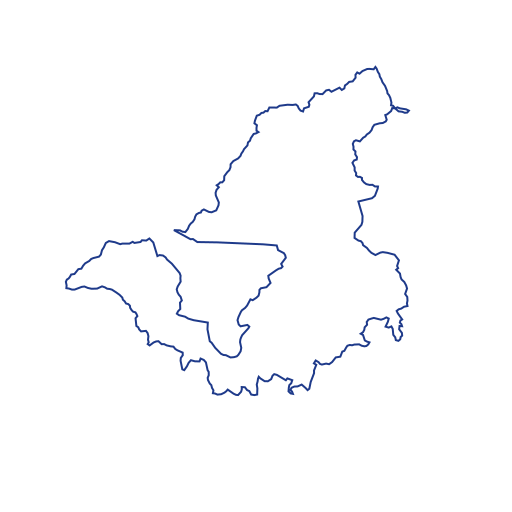 Resende, Rio de Janeiro, Brazil, rotated 342°
{"feature_id": "56859067B32090698644023", "entity_name": "Resende", "entity_type": "district", "adm_level": 2, "iso_a3": "BRA", "parent_name": "Brazil", "parent_adm1": "Rio de Janeiro", "projection": "mercator", "projection_center": [-44.503, -22.442], "detail": "fine", "context": "isolated", "style": "outline", "palette": "blue", "viewbox_px": 512, "rotation_deg": 342, "n_neighbors": 0, "source": "geoboundaries", "source_scale": "gbopen_adm2", "svg_char_len": 6144}
<svg xmlns="http://www.w3.org/2000/svg" viewBox="0 0 512 512"><g transform="rotate(342 256 256)"><path d="M240.5,176.6L241.9,179.1L238.9,180.9L237.1,183.4L236.5,186.0L237.2,193.6L236.0,196.2L232.3,200.3L227.3,200.7L224.8,199.5L220.8,195.6L218.3,196.1L217.0,197.6L215.0,197.4L212.2,198.0L210.3,199.8L208.8,202.1L206.4,204.0L203.9,205.0L201.8,206.5L199.5,209.2L196.2,211.4L193.5,210.1L191.6,208.1L185.9,206.0L198.9,219.8L201.3,220.4L204.5,224.6L223.5,231.1L266.4,247.1L279.0,252.4L278.8,257.2L283.4,261.9L284.0,264.2L283.8,266.9L277.5,271.3L278.0,274.3L276.1,275.3L273.7,275.1L270.7,275.8L261.6,278.6L261.1,281.3L261.5,286.1L256.3,288.9L250.7,288.2L248.8,289.3L248.0,291.6L246.2,294.5L243.5,295.8L239.2,297.0L237.3,295.5L232.2,300.4L229.6,302.0L225.8,303.3L224.2,304.6L220.5,308.6L218.6,311.3L218.4,315.8L219.6,318.1L226.5,318.9L227.8,321.1L226.4,322.4L218.4,327.0L216.6,328.9L215.3,330.6L214.2,333.0L213.6,338.8L211.9,341.9L208.6,344.6L206.7,345.5L203.8,345.4L200.4,344.6L196.7,341.0L194.5,340.1L192.5,338.2L188.8,330.7L187.0,324.8L185.7,322.8L187.2,310.7L189.6,304.4L176.9,297.8L172.2,294.6L169.8,291.8L164.5,288.5L162.9,286.4L164.8,284.5L167.6,283.0L169.3,276.9L171.7,275.4L171.7,271.4L170.6,268.9L170.1,266.2L170.3,263.2L172.1,260.8L176.4,257.1L177.2,253.8L178.2,251.4L178.1,248.6L173.6,237.3L170.3,231.9L169.6,229.4L167.7,226.8L164.5,225.3L162.2,225.6L162.5,211.4L160.0,206.4L156.4,207.4L152.4,205.8L150.5,207.0L144.4,206.0L143.1,204.4L139.4,205.1L132.6,202.9L130.5,202.8L126.1,199.3L120.8,196.4L117.2,197.2L113.9,200.8L111.3,202.9L108.9,206.7L106.5,208.1L100.7,207.7L98.3,207.9L95.9,209.2L91.2,210.2L88.6,211.8L86.0,214.1L83.0,213.6L77.8,217.0L74.5,216.5L72.6,218.3L70.8,219.5L68.8,220.0L67.2,221.8L66.8,225.4L65.7,228.0L68.1,229.2L70.6,231.1L73.2,231.9L80.7,231.5L83.4,232.0L86.2,234.4L89.4,236.3L92.7,237.3L94.9,237.9L100.2,237.3L102.6,239.1L104.3,241.1L106.7,242.2L108.6,243.5L112.0,247.7L114.2,250.7L116.0,254.2L115.9,256.4L117.1,258.5L117.7,261.0L119.7,262.3L120.7,264.3L120.3,266.4L121.0,269.1L121.9,271.0L123.9,272.3L124.4,274.3L124.6,276.5L122.2,278.0L120.6,285.6L122.0,287.4L122.2,289.7L123.4,292.2L128.2,293.2L129.1,295.8L128.9,299.0L127.4,302.3L127.3,304.9L125.8,306.3L127.2,308.2L131.9,306.6L134.6,306.4L136.9,306.9L139.0,310.7L141.4,311.4L143.4,313.4L147.0,315.6L149.5,316.7L150.5,319.5L152.1,321.4L156.4,325.2L155.7,327.7L153.0,329.7L151.9,332.3L150.9,341.0L152.5,342.4L156.3,339.5L158.9,336.8L161.9,335.0L165.4,337.3L169.7,338.8L171.6,336.4L174.2,338.7L175.5,341.7L174.7,349.6L175.2,351.6L174.2,354.8L172.4,356.9L172.0,359.1L172.6,363.0L173.6,365.0L173.4,367.8L174.0,370.6L172.6,373.2L174.5,374.1L176.5,375.9L180.2,376.7L183.8,376.2L186.0,375.4L187.8,374.3L192.1,380.0L194.1,381.9L196.0,382.7L199.9,380.5L201.3,378.4L201.9,376.2L204.9,377.4L206.1,380.8L207.9,382.4L208.6,386.3L211.5,387.8L214.3,388.1L216.4,382.3L217.0,378.5L218.7,375.9L220.0,373.3L221.3,371.7L222.2,373.6L225.5,377.7L228.6,378.8L232.4,377.8L234.7,375.0L236.8,374.0L239.1,375.5L246.0,383.4L248.0,382.1L252.1,385.3L250.2,387.9L247.8,389.1L246.5,391.4L245.1,394.8L246.5,397.4L248.5,398.5L248.4,396.0L247.3,394.1L249.1,392.3L252.1,392.0L255.3,392.9L259.7,392.4L262.4,396.9L263.6,399.5L265.7,398.7L269.1,392.7L275.0,385.4L275.8,382.8L279.7,378.1L277.9,376.0L280.5,373.8L282.7,376.3L283.5,378.4L285.1,379.6L289.4,380.0L292.1,381.5L295.6,380.4L300.5,377.1L305.1,377.8L308.5,373.6L310.7,373.5L313.6,370.8L315.2,369.6L317.7,369.6L319.8,370.6L322.1,370.6L326.8,371.9L328.8,374.0L331.2,375.4L333.2,375.7L335.4,374.8L337.2,373.2L335.1,371.7L333.4,369.9L333.4,364.2L331.6,362.3L334.3,361.5L336.2,359.6L337.3,357.4L340.4,355.7L340.9,353.0L343.3,351.2L346.7,351.2L348.9,351.3L355.2,355.2L358.0,355.2L361.0,354.7L362.9,356.5L361.1,359.3L357.4,363.2L360.1,365.1L363.0,364.8L363.5,367.6L362.2,373.4L363.3,376.4L363.0,379.2L365.2,380.7L367.4,379.8L368.6,377.7L370.4,376.9L371.0,374.2L369.5,369.9L370.9,366.9L373.2,367.9L373.2,365.7L372.2,363.8L373.4,362.0L375.4,361.5L373.2,354.5L372.8,351.7L375.2,350.8L377.9,350.9L381.1,350.0L384.6,350.4L384.9,347.7L386.3,345.2L387.2,341.7L386.1,338.2L389.6,333.6L389.7,330.4L389.0,326.5L387.2,323.3L387.0,320.8L387.5,317.2L385.1,312.4L387.4,311.5L387.1,309.1L390.6,304.3L388.2,297.6L382.0,293.6L377.8,291.5L375.3,291.2L369.9,292.0L366.7,288.6L365.1,285.6L364.0,282.6L361.2,278.8L361.3,276.6L360.3,274.3L358.2,273.0L355.3,269.3L357.1,264.3L365.9,259.0L367.7,256.4L369.7,250.9L370.2,235.8L384.2,236.9L387.7,235.5L392.5,229.6L393.5,227.6L390.6,226.6L388.8,224.3L386.0,223.5L383.1,221.7L381.4,219.3L380.3,216.4L380.9,214.5L379.3,212.8L377.4,212.3L376.0,210.3L376.9,208.1L376.2,205.2L377.2,202.2L376.5,197.2L378.9,195.4L381.6,195.4L382.6,193.2L381.8,190.0L382.9,187.3L381.6,184.8L382.5,182.2L382.7,179.3L384.6,177.2L386.8,176.8L390.2,179.1L394.5,176.6L396.9,176.1L398.9,174.7L402.0,173.8L404.8,172.0L406.8,169.5L409.1,167.8L414.6,168.0L417.7,168.7L421.0,168.1L422.4,166.8L422.5,161.9L424.5,161.8L429.3,159.9L431.3,157.4L434.0,158.7L432.8,155.5L431.0,154.4L432.2,152.0L432.6,147.1L432.2,144.1L431.3,142.0L431.7,139.7L431.3,134.1L430.0,129.9L429.8,126.4L429.2,123.7L429.5,121.2L428.8,118.6L428.6,115.0L428.0,113.1L425.6,114.8L421.7,113.1L419.5,112.5L414.4,113.0L410.8,114.6L409.0,112.7L406.6,114.4L405.8,117.2L401.9,119.8L398.4,119.2L395.9,120.5L393.3,121.3L391.8,123.9L388.9,124.6L387.4,121.7L378.5,123.1L376.8,120.5L373.9,120.2L369.3,122.6L366.5,121.6L364.5,120.1L362.0,119.4L360.4,122.1L353.5,126.0L353.5,128.7L352.3,130.4L347.3,130.4L345.4,133.1L343.3,131.5L342.3,128.9L342.0,126.1L340.7,124.2L337.6,123.7L332.8,121.9L324.8,120.4L321.7,121.3L314.6,118.9L311.7,121.9L309.6,121.0L307.4,122.0L305.4,121.6L303.0,122.8L300.1,122.8L296.8,127.0L295.5,129.3L297.3,131.9L296.1,134.2L295.2,137.0L296.6,138.9L293.9,139.4L291.5,139.2L287.4,142.4L285.9,144.5L283.5,145.5L282.0,148.2L277.6,150.7L276.0,152.4L273.7,154.1L272.2,156.0L269.1,157.7L263.8,158.7L260.2,160.9L259.2,163.7L257.2,166.1L254.6,167.4L250.5,170.3L249.1,174.1L246.7,175.5L244.8,174.9L242.7,176.0L240.5,176.6ZM434.0,158.7L436.3,162.5L439.6,164.0L441.8,165.8L444.2,166.3L446.3,165.0L444.1,162.9L438.4,160.0L436.4,158.3L434.0,158.7Z" fill="none" stroke="#1e3a8a" stroke-width="2"/></g></svg>